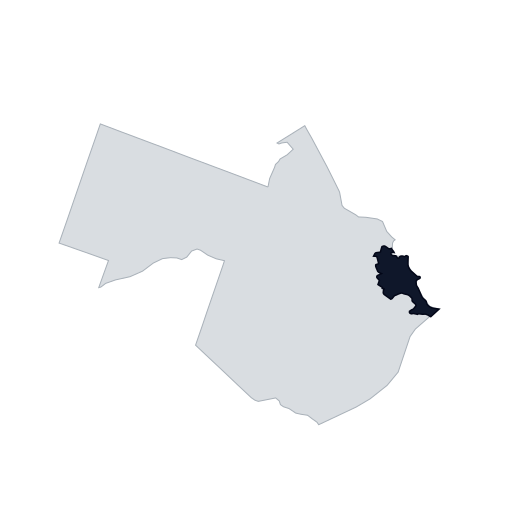 Jutiapa highlighted on a map of Guatemala, rotated 289°
{"feature_id": "GTM-1962", "entity_name": "Jutiapa", "entity_type": "Department", "adm_level": 1, "iso_a3": "GTM", "parent_name": "Guatemala", "parent_adm1": "", "projection": "equal_earth", "projection_center": [-89.89, 14.155], "detail": "fine", "context": "in_parent", "style": "filled", "palette": "ink", "viewbox_px": 512, "rotation_deg": 289, "n_neighbors": 0, "source": "natural_earth", "source_scale": "10m", "svg_char_len": 3740}
<svg xmlns="http://www.w3.org/2000/svg" viewBox="0 0 512 512"><g transform="rotate(289 256 256)"><path d="M116.9,370.2L118.7,367.8L120.3,362.3L122.2,356.6L121.0,350.0L120.4,344.7L122.5,336.9L122.4,331.1L123.4,327.5L126.5,325.2L128.2,320.8L119.3,305.5L119.3,302.0L120.5,297.7L127.8,281.4L136.6,262.1L146.2,240.7L152.0,227.9L172.9,227.9L186.8,227.8L204.4,227.8L223.6,227.8L236.1,227.8L241.3,227.7L240.4,219.3L241.1,210.1L243.4,201.7L243.4,198.0L239.7,193.5L232.4,190.9L228.4,186.9L228.4,181.8L226.6,175.7L223.1,168.5L215.9,161.2L204.8,153.7L195.4,143.6L187.7,131.0L181.2,122.8L176.1,119.4L174.9,117.6L189.7,117.8L203.7,118.0L203.9,99.9L204.0,83.8L204.1,65.6L229.4,65.7L259.7,65.7L291.0,65.7L315.7,65.8L330.2,65.8L329.5,88.3L328.8,114.4L328.3,133.5L327.5,159.1L326.8,185.4L325.8,221.1L325.1,244.3L325.5,244.8L333.7,243.7L345.9,244.7L348.9,244.6L352.7,246.6L355.6,247.2L361.8,252.5L369.1,256.4L373.7,248.4L371.3,243.6L369.4,241.2L369.7,239.1L395.1,259.7L392.1,262.9L385.7,270.2L374.0,282.8L363.6,294.0L353.5,304.3L344.4,313.5L343.3,314.4L331.8,320.9L329.9,324.0L327.4,337.0L326.3,340.2L328.4,347.4L330.5,358.6L329.8,364.4L321.8,371.6L318.2,378.1L316.6,382.3L315.1,381.2L312.7,380.9L307.0,382.5L304.2,382.9L301.9,384.7L301.7,388.7L303.2,395.3L303.8,398.6L302.1,400.2L295.1,404.1L292.4,408.0L289.7,414.0L286.6,416.5L283.4,416.1L281.1,416.9L276.2,421.5L268.9,430.2L265.0,436.7L264.9,441.5L265.6,445.9L238.9,430.5L230.0,427.9L192.5,428.2L176.4,422.1L158.1,410.4L145.7,399.8L116.9,370.2Z" fill="#d9dde1" stroke="#a8b0b8" stroke-width="1"/><path d="M289.8,417.0L289.8,417.7L288.8,418.4L287.8,417.9L286.0,416.0L284.7,415.6L283.7,415.7L280.6,417.2L279.9,417.8L278.4,419.8L271.7,425.9L270.7,427.1L270.1,428.4L269.6,429.8L269.0,431.1L268.1,432.0L266.2,433.3L265.4,434.5L264.8,435.8L264.4,437.3L264.3,438.8L264.3,440.3L265.4,446.4L255.5,441.0L255.7,439.7L256.2,437.4L256.2,435.7L256.2,435.3L256.1,434.8L255.2,432.7L254.5,429.4L254.3,428.6L254.1,428.2L253.7,428.0L253.6,427.8L253.4,427.7L253.4,427.4L252.9,423.6L252.7,423.2L252.4,422.7L252.2,422.3L251.9,421.7L251.9,421.3L251.9,420.8L252.0,420.3L252.1,420.0L252.5,419.5L253.7,419.1L255.7,420.6L257.0,422.0L257.4,422.2L260.1,423.1L260.8,423.5L261.1,423.4L261.3,423.4L262.4,422.4L263.5,419.7L264.0,418.7L264.2,418.4L264.6,418.1L265.4,417.8L266.3,417.6L266.5,417.5L266.9,417.0L268.1,414.7L268.5,413.6L268.7,412.9L268.7,412.3L268.8,412.0L268.4,408.3L268.5,406.3L268.2,405.3L266.5,403.1L264.3,400.8L263.9,400.2L263.6,399.9L263.2,399.7L260.0,398.5L259.0,397.5L261.4,389.5L262.4,388.4L262.5,388.3L264.9,387.7L265.7,387.7L266.0,387.9L266.4,388.1L266.6,388.0L266.6,387.7L266.4,385.9L267.4,385.8L268.7,380.6L273.1,380.6L274.7,377.7L275.0,377.3L275.2,377.2L275.5,377.0L275.9,376.9L276.3,376.9L276.5,376.9L276.7,377.0L276.9,377.1L277.1,377.2L280.2,380.4L280.6,377.1L281.2,376.0L282.6,374.8L283.9,373.6L285.1,372.6L286.4,372.1L286.9,372.2L287.2,372.5L287.4,372.9L287.9,373.5L288.6,374.3L288.8,374.4L293.1,371.6L294.6,370.5L294.7,370.2L294.7,369.3L294.1,367.2L296.9,367.6L297.8,368.0L298.4,368.8L298.8,369.6L299.2,370.4L299.9,372.0L300.2,372.2L300.4,372.3L305.7,372.0L306.1,372.2L307.1,373.6L307.3,374.3L307.3,374.7L307.2,375.2L306.9,376.5L306.7,377.1L306.4,377.9L306.2,379.0L306.2,379.5L306.2,379.9L306.3,380.0L307.3,381.6L306.8,381.9L305.1,384.6L304.2,385.5L303.9,383.8L303.2,382.8L302.2,382.7L301.2,383.6L300.7,385.1L301.0,386.1L301.5,387.1L301.7,388.2L301.3,389.1L300.6,389.7L300.2,390.5L300.6,391.8L302.1,392.1L302.6,392.4L303.0,392.9L303.2,393.2L303.6,394.2L303.7,394.7L303.8,396.1L303.9,396.7L304.2,397.1L305.1,397.7L305.3,398.1L305.3,399.5L304.9,400.1L297.4,402.4L295.6,403.5L293.8,405.3L292.4,407.3L289.5,414.2L289.3,414.9L289.3,415.6L289.8,417.0Z" fill="#0f172a" stroke="#020617" stroke-width="1.5"/></g></svg>